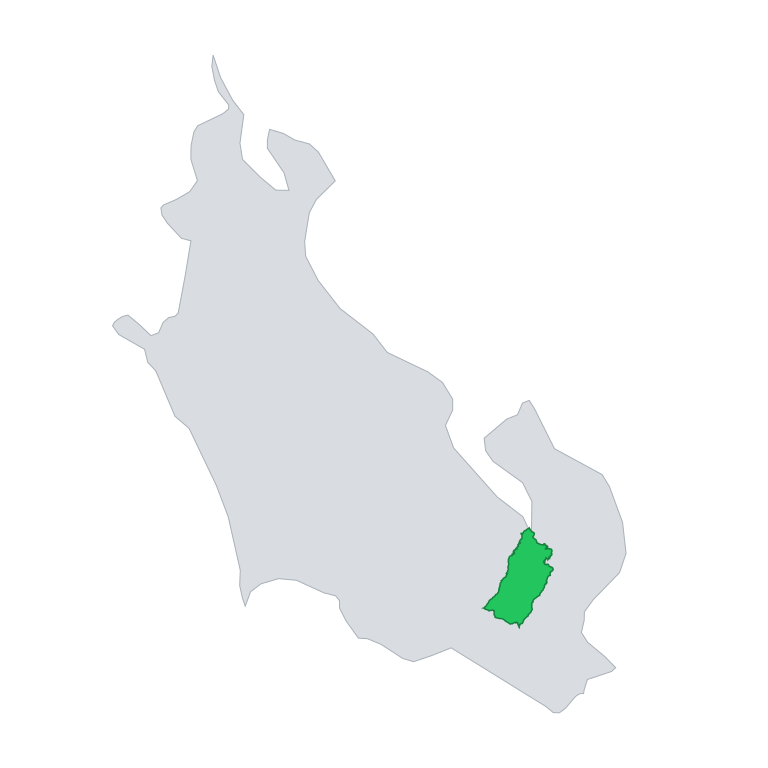 Bagaces, Guanacaste, Costa Rica shown in context, rotated 190°
{"feature_id": "36466004B76041075166072", "entity_name": "Bagaces", "entity_type": "district", "adm_level": 2, "iso_a3": "CRI", "parent_name": "Costa Rica", "parent_adm1": "Guanacaste", "projection": "robinson", "projection_center": [-85.261, 10.512], "detail": "fine", "context": "in_parent", "style": "filled", "palette": "green", "viewbox_px": 768, "rotation_deg": 190, "n_neighbors": 0, "source": "geoboundaries", "source_scale": "gbopen_adm2", "svg_char_len": 7597}
<svg xmlns="http://www.w3.org/2000/svg" viewBox="0 0 768 768"><g transform="rotate(190 384 384)"><path d="M661.4,394.1L660.5,397.6L657.6,401.2L653.5,404.9L648.1,407.4L634.9,399.8L622.0,391.2L614.9,395.2L612.2,406.4L607.5,412.1L601.5,414.4L599.0,418.1L598.6,455.9L599.0,491.5L608.8,492.3L625.2,504.7L632.1,512.0L634.3,518.7L632.3,522.0L620.4,529.8L608.8,539.6L603.0,551.9L613.2,571.7L615.4,585.1L615.0,599.2L612.3,606.0L589.7,622.2L584.8,627.8L585.4,631.9L597.9,643.1L603.8,653.9L608.7,666.9L609.4,678.2L598.1,657.3L582.4,637.3L568.8,624.9L567.7,596.2L562.3,580.6L541.8,566.2L524.2,556.1L511.2,558.2L519.2,574.7L539.8,595.9L541.2,604.0L540.9,614.9L526.7,613.3L514.2,608.8L499.0,607.4L488.8,600.9L467.3,575.6L482.6,554.0L487.3,539.8L486.9,510.5L483.3,496.2L466.8,474.5L440.4,450.7L403.5,431.3L386.2,415.6L343.0,403.6L326.6,395.6L313.7,380.9L311.8,370.3L316.3,353.9L304.4,333.2L252.9,292.4L224.2,277.4L218.0,268.5L213.4,265.8L217.9,293.9L230.4,310.9L263.3,326.8L272.3,336.0L276.0,348.0L256.9,370.9L247.2,376.8L244.3,389.3L238.1,393.1L231.6,385.9L204.9,349.9L153.4,332.6L144.1,322.0L125.0,289.1L116.2,259.1L119.3,239.1L140.5,207.9L147.1,194.3L145.8,185.9L146.5,173.6L138.6,165.0L119.0,153.8L106.6,144.9L110.0,140.4L132.4,128.3L133.8,117.4L133.7,113.8L137.4,113.0L140.6,110.1L142.6,107.1L148.7,96.6L154.1,90.7L160.3,89.8L167.8,94.2L196.0,105.4L227.4,118.0L272.1,135.8L290.6,124.4L306.6,115.7L317.7,116.9L341.7,127.1L356.2,130.3L365.1,129.3L380.4,144.3L388.8,155.5L390.2,162.9L394.9,167.0L406.9,167.9L436.2,175.5L454.1,174.0L470.4,165.9L479.3,156.3L482.1,141.1L486.2,148.6L491.1,160.4L493.2,175.6L514.4,226.3L531.3,254.7L568.2,306.4L584.2,315.9L611.1,357.4L620.4,364.3L625.8,376.6L653.7,386.6L661.4,394.1Z" fill="#d9dde1" stroke="#a8b0b8" stroke-width="1"/><path d="M208.6,167.8L208.8,168.6L208.5,169.4L208.4,169.9L208.4,170.2L208.7,170.6L208.4,170.9L207.3,171.8L206.4,172.1L206.2,172.2L206.0,173.1L205.8,173.5L205.7,174.3L205.5,174.9L205.6,175.7L205.2,176.1L205.1,176.6L204.7,177.3L204.0,178.0L203.2,179.3L202.5,180.0L202.0,180.2L202.0,180.7L201.7,181.3L201.9,181.7L201.8,182.2L201.1,182.9L200.4,184.0L199.9,184.3L199.9,184.6L199.6,185.6L199.4,186.3L198.9,187.5L199.0,188.2L199.2,188.5L199.3,189.2L199.6,189.5L199.8,189.9L199.9,190.6L199.9,191.4L200.2,191.7L200.1,192.0L200.3,192.4L200.1,193.0L200.3,193.4L200.2,194.1L199.3,195.4L199.4,195.8L199.6,196.2L199.8,196.3L199.8,196.5L198.3,198.8L196.9,200.1L196.3,201.1L194.8,202.2L194.1,202.9L193.9,203.1L193.9,203.5L194.0,203.6L194.1,204.0L193.9,204.6L193.7,205.0L193.6,205.6L192.8,206.6L192.7,207.2L192.4,207.8L192.2,208.1L191.6,208.6L191.6,209.7L191.3,210.2L190.8,211.6L190.8,211.9L190.9,212.1L190.8,212.4L190.8,212.7L191.0,213.2L190.9,213.7L190.6,214.3L190.6,214.6L190.2,214.9L190.2,215.3L189.9,215.2L189.7,215.2L189.6,215.6L189.6,215.9L189.1,216.4L189.1,216.6L189.1,217.2L189.5,217.4L189.6,217.9L190.0,218.3L189.9,218.8L189.5,219.6L189.6,220.5L189.4,221.8L189.1,222.3L189.0,223.0L188.3,223.8L187.8,224.1L187.2,224.2L187.0,224.4L187.0,224.9L187.6,225.8L187.5,226.9L187.8,227.3L187.7,227.5L187.0,227.9L186.6,228.5L185.7,229.3L185.3,230.1L185.3,230.3L185.4,230.5L185.5,230.7L185.3,231.1L185.6,231.4L185.9,232.1L186.5,232.5L188.1,232.9L188.6,233.1L189.3,233.0L189.9,233.3L190.1,233.5L190.3,234.2L190.8,234.8L191.8,234.9L192.4,234.7L192.8,234.2L193.1,234.5L194.1,234.4L194.4,234.6L194.6,235.1L195.1,235.4L194.7,236.2L194.8,236.5L195.5,236.8L195.8,236.4L196.0,236.5L195.9,237.0L195.8,237.3L195.4,237.4L195.3,238.1L194.8,237.9L194.8,238.4L195.0,238.8L194.6,239.2L194.3,239.3L194.3,239.7L194.0,239.9L193.8,240.1L193.9,240.3L194.2,240.5L194.2,240.9L193.7,240.6L193.5,240.4L192.1,240.0L192.0,239.6L191.9,239.8L191.8,240.4L191.7,240.0L191.7,241.0L191.3,241.1L190.9,240.7L190.7,240.8L190.9,241.2L191.2,241.4L190.7,241.7L190.4,242.4L190.6,242.5L191.0,242.5L190.8,242.8L190.3,242.9L190.3,243.2L190.4,243.6L190.0,243.7L189.9,243.8L190.0,244.1L189.3,244.5L189.1,245.2L189.2,245.9L189.5,246.1L189.8,246.8L189.8,247.4L189.6,247.9L189.6,248.9L189.9,249.7L190.6,250.1L190.9,250.5L191.5,250.5L192.2,250.3L193.0,250.6L194.0,250.4L194.7,249.8L196.4,249.6L196.3,250.1L195.5,250.6L195.9,251.1L195.6,251.6L195.6,252.1L195.3,252.2L195.1,251.5L194.9,251.4L194.7,251.6L194.6,251.8L194.6,252.3L195.0,252.7L195.2,252.8L195.8,253.2L196.3,253.2L197.0,253.0L197.4,253.3L197.5,254.1L197.8,254.5L198.6,254.5L198.9,254.1L199.1,253.3L199.5,253.1L202.3,253.2L204.9,254.0L205.6,254.0L205.8,254.1L206.4,255.5L206.9,256.1L207.3,257.0L208.7,257.6L210.5,258.6L210.7,258.8L210.9,259.3L210.7,259.8L210.3,260.4L210.1,261.2L210.0,261.9L210.0,263.0L210.9,263.7L211.8,264.0L212.4,264.0L213.0,264.5L213.3,264.7L213.3,264.8L214.2,265.4L215.0,266.2L215.3,266.4L215.9,267.4L216.2,266.8L217.1,266.5L218.1,265.6L218.8,264.6L219.7,264.1L220.4,263.4L221.1,262.0L221.2,261.1L221.4,260.7L222.0,260.6L222.4,260.8L223.0,260.7L223.1,260.3L222.2,259.6L221.9,259.3L221.8,258.4L221.4,256.8L221.4,256.1L221.4,255.8L221.6,255.7L221.8,255.4L221.9,254.8L222.2,254.8L222.3,254.5L222.8,253.9L223.2,252.8L222.4,251.3L222.2,251.0L222.2,250.8L222.3,250.8L222.6,251.0L222.8,250.6L223.1,250.6L223.2,250.9L223.5,251.0L223.5,250.9L223.4,249.7L224.1,249.1L224.2,248.8L224.0,248.6L224.0,248.2L223.9,248.1L223.6,248.0L223.5,247.9L223.5,247.4L223.7,247.1L224.2,247.0L224.7,246.3L224.7,245.9L224.5,245.0L224.5,244.5L225.3,244.3L225.4,244.7L225.5,244.8L225.8,244.1L225.9,243.4L226.4,243.3L226.9,242.9L227.2,242.7L227.3,242.3L226.8,242.1L226.9,241.7L227.3,241.7L227.5,241.6L227.5,240.8L227.1,240.7L226.6,240.9L226.4,240.8L226.3,240.4L226.3,240.0L226.4,239.8L226.6,239.9L226.7,240.4L227.1,240.4L227.2,240.1L227.2,239.7L227.1,239.4L226.6,239.2L226.9,239.0L227.3,239.2L227.7,239.1L227.9,238.9L228.3,238.8L228.4,238.6L228.2,238.0L228.0,237.9L227.9,237.6L228.0,237.4L228.5,237.3L229.8,236.5L230.3,236.0L230.6,235.4L230.6,234.6L231.0,233.0L231.0,232.2L230.7,231.5L230.7,230.5L230.6,230.1L229.8,228.2L229.8,227.6L230.2,226.0L230.0,225.7L230.0,224.5L229.7,224.2L229.7,223.8L229.4,223.0L229.4,222.2L229.8,221.4L229.8,220.5L230.6,218.6L229.6,218.5L230.3,216.8L230.4,216.4L230.2,216.2L230.5,215.1L231.5,214.5L232.1,213.8L232.8,213.3L233.1,212.1L233.4,211.6L233.9,211.3L233.9,210.8L234.2,210.8L234.4,210.7L234.1,210.0L234.0,209.8L234.4,208.8L234.8,208.3L234.9,207.9L235.0,206.2L234.7,206.0L234.7,205.6L234.5,205.3L234.9,204.6L235.1,203.4L235.0,202.5L235.3,202.1L235.3,201.9L234.9,201.8L235.0,201.4L235.0,200.6L235.2,200.2L235.1,199.2L235.2,198.7L235.7,198.1L235.7,197.6L236.1,196.7L236.8,196.5L237.3,196.1L237.6,195.5L237.9,194.7L238.3,194.2L238.8,193.4L239.7,192.8L239.8,192.5L240.5,191.1L240.9,190.9L241.7,190.3L242.0,189.8L242.6,189.2L242.6,188.8L242.8,188.3L243.1,187.9L243.1,187.5L243.5,186.1L244.1,185.4L244.7,183.6L245.4,182.5L246.0,181.9L246.2,181.6L246.3,181.1L247.1,180.6L245.8,180.5L245.6,180.4L245.4,179.8L245.0,179.7L243.9,179.7L242.5,179.5L241.8,179.2L241.2,178.8L240.8,179.2L240.6,179.2L240.2,179.5L239.5,179.5L239.0,179.9L238.6,179.9L238.1,180.1L237.4,180.1L237.0,180.2L236.6,180.2L236.3,179.9L236.5,179.4L236.1,179.0L235.7,178.5L235.8,177.7L235.7,176.4L235.5,175.9L235.0,175.5L234.3,174.4L234.2,173.7L233.7,173.7L233.0,173.2L232.5,173.3L229.0,173.1L227.0,173.4L226.2,173.1L225.7,173.1L225.1,172.9L224.8,172.6L223.7,172.1L223.4,171.6L222.1,171.3L221.1,170.8L220.3,170.6L218.6,169.7L217.9,169.5L217.0,170.1L216.3,170.1L215.7,170.3L215.1,171.1L214.9,171.1L214.4,171.4L213.9,171.8L213.4,171.8L212.6,171.5L212.3,171.9L212.2,172.4L211.7,172.2L211.2,172.3L210.9,172.0L210.5,170.7L210.1,170.6L209.8,170.3L209.8,169.6L209.5,169.4L209.4,169.1L208.9,168.6L208.9,168.0L208.6,167.8Z" fill="#22c55e" stroke="#15803d" stroke-width="1.5"/></g></svg>